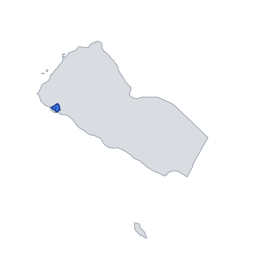 location of Tuban, Lahij, Yemen, rotated 52°
{"feature_id": "15242507B16919721159288", "entity_name": "Tuban", "entity_type": "district", "adm_level": 2, "iso_a3": "YEM", "parent_name": "Yemen", "parent_adm1": "Lahij", "projection": "mercator", "projection_center": [44.806, 13.084], "detail": "fine", "context": "in_parent", "style": "filled", "palette": "blue", "viewbox_px": 256, "rotation_deg": 52, "n_neighbors": 0, "source": "geoboundaries", "source_scale": "gbopen_adm2", "svg_char_len": 3639}
<svg xmlns="http://www.w3.org/2000/svg" viewBox="0 0 256 256"><g transform="rotate(52 128 128)"><path d="M202.9,111.5L194.6,114.6L192.4,115.9L190.5,117.6L189.0,119.7L187.9,123.4L188.7,126.7L188.6,128.5L186.5,129.7L184.5,130.5L182.3,131.9L180.9,132.2L179.8,133.2L178.5,133.9L173.9,135.8L168.9,137.3L160.8,139.0L157.7,140.9L154.9,142.2L150.6,142.6L144.8,144.4L141.5,145.8L137.4,148.2L136.5,148.9L135.8,150.6L134.6,152.1L132.1,154.6L130.3,155.8L129.0,155.9L126.7,156.6L123.9,156.7L119.1,155.9L117.9,156.4L116.9,157.4L113.3,159.1L109.5,162.4L106.8,163.3L102.4,164.3L99.4,165.7L97.3,166.3L94.6,166.6L89.7,166.4L85.1,166.9L80.8,167.9L78.7,169.6L76.4,172.4L72.6,173.6L71.8,174.6L70.6,176.7L68.1,177.2L65.9,177.6L63.7,176.7L59.4,179.2L57.8,179.6L55.3,179.7L53.6,180.2L52.3,180.0L50.8,179.1L47.5,177.9L45.1,178.7L44.9,176.3L40.9,169.1L41.7,162.8L41.7,161.9L40.9,159.1L38.5,156.5L38.6,153.2L37.8,150.9L37.2,148.5L37.4,147.8L37.4,147.3L36.2,143.5L35.8,142.8L35.6,142.0L36.0,141.4L36.0,140.7L35.4,139.6L34.7,137.4L31.4,135.7L32.1,134.1L32.7,134.7L33.6,135.2L33.7,134.1L33.8,133.3L32.4,128.5L34.4,122.1L33.8,116.2L36.8,113.9L37.6,113.2L38.1,112.6L38.8,111.2L39.8,110.8L40.1,109.4L40.1,108.7L39.4,108.1L39.0,106.5L39.1,104.4L39.3,103.5L39.6,101.9L40.7,101.3L40.9,100.9L40.1,99.9L40.2,99.3L42.0,97.6L42.7,97.1L43.9,96.6L44.9,96.6L45.9,96.9L46.9,97.3L47.8,98.2L48.8,99.2L50.3,99.5L51.3,99.4L52.1,99.9L52.8,99.6L53.6,99.1L54.9,99.2L56.1,98.6L59.3,98.3L62.5,98.5L65.8,98.0L69.1,98.1L72.4,98.1L73.1,98.2L73.8,98.5L76.6,100.0L78.7,100.3L83.0,100.7L87.6,101.1L91.5,101.5L94.8,101.1L97.6,100.8L98.4,100.9L99.2,101.8L100.9,104.1L102.4,106.3L105.2,106.4L107.0,105.6L108.9,104.4L110.1,103.5L111.5,100.0L112.4,97.7L114.4,95.2L116.1,93.0L118.4,90.2L119.6,88.6L122.1,85.5L124.5,84.3L129.0,81.9L133.5,79.6L136.4,78.1L138.9,77.5L143.0,76.9L147.9,76.2L152.8,75.5L158.0,74.7L163.8,73.9L167.8,73.3L172.9,72.6L177.1,72.0L180.8,71.5L184.7,70.9L185.4,72.7L186.2,74.4L186.9,76.1L187.6,77.9L188.3,79.6L189.1,81.3L189.8,83.1L190.5,84.8L191.3,86.5L192.0,88.3L192.7,90.0L193.4,91.7L194.2,93.4L194.9,95.2L195.6,96.9L196.3,98.6L197.1,100.3L198.2,100.8L198.9,102.4L199.9,104.7L200.9,107.0L201.9,109.2L202.9,111.5ZM214.1,179.7L215.1,179.9L216.6,179.3L221.0,179.2L226.4,181.1L225.4,181.6L224.8,182.3L222.4,182.9L220.1,184.4L213.3,185.1L211.4,184.7L209.7,183.3L206.7,181.5L207.9,180.3L208.2,179.8L208.6,179.3L210.3,178.4L212.0,178.5L214.1,179.7ZM33.6,157.1L33.3,157.5L33.0,157.4L32.0,156.5L33.1,155.5L33.7,156.5L33.6,157.1ZM30.3,134.5L29.8,134.9L29.6,134.2L30.0,132.7L30.5,132.3L30.9,133.4L30.6,134.0L30.3,134.5ZM33.0,161.7L32.0,162.2L32.7,160.9L33.5,160.6L33.0,161.7Z" fill="#d9dde1" stroke="#a8b0b8" stroke-width="1"/><path d="M71.5,174.7L71.5,174.3L71.5,174.2L71.5,173.9L71.6,173.5L71.6,172.1L71.7,170.5L71.7,170.4L71.4,170.3L71.2,170.3L71.1,170.2L70.9,170.1L70.7,170.0L70.4,169.9L70.2,169.8L70.0,169.7L69.9,169.7L69.7,169.5L69.5,169.4L69.4,169.4L69.2,169.2L68.9,169.0L68.8,168.9L68.7,168.9L68.0,168.6L67.2,168.5L66.4,168.5L66.1,168.5L65.8,168.5L65.5,168.7L65.4,168.9L65.4,169.0L65.4,169.5L65.4,169.8L65.3,170.4L65.3,170.8L65.3,171.0L65.3,171.3L65.3,171.5L65.3,171.8L65.3,172.0L65.3,172.3L65.2,172.4L65.2,172.5L65.2,172.8L65.2,173.0L65.2,173.3L65.1,173.5L65.1,173.8L65.0,174.0L65.0,174.3L64.9,174.4L64.9,174.5L64.9,174.8L64.8,175.0L64.7,175.2L64.7,175.3L64.7,175.5L64.6,175.8L66.9,175.6L67.1,175.5L68.0,175.0L68.2,174.9L68.3,174.9L69.0,174.5L69.2,174.4L69.3,174.4L69.8,174.5L70.3,174.5L70.6,174.5L71.0,174.6L71.3,174.6L71.5,174.6L71.5,174.7ZM67.7,172.7L67.7,172.3L67.9,172.3L68.1,172.3L68.1,172.8L67.9,172.8L67.7,172.7Z" fill="#3b82f6" stroke="#1e3a8a" stroke-width="1.5"/></g></svg>